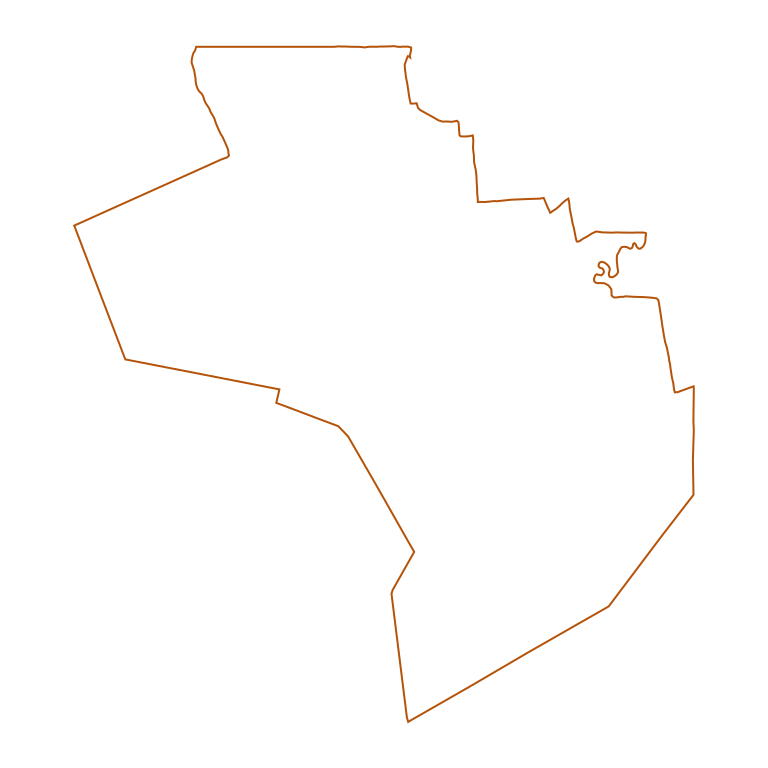 the district of Banan, Batdâmbâng, Cambodia
{"feature_id": "14789045B38082760726943", "entity_name": "Banan", "entity_type": "district", "adm_level": 2, "iso_a3": "KHM", "parent_name": "Cambodia", "parent_adm1": "Batdâmbâng", "projection": "natural_earth1", "projection_center": [103.091, 12.952], "detail": "fine", "context": "isolated", "style": "outline", "palette": "amber", "viewbox_px": 768, "rotation_deg": 0, "n_neighbors": 0, "source": "geoboundaries", "source_scale": "gbopen_adm2", "svg_char_len": 3745}
<svg xmlns="http://www.w3.org/2000/svg" viewBox="0 0 768 768"><path d="M196.2,46.8L195.1,50.4L193.4,53.2L192.7,55.2L191.8,59.1L191.6,62.6L192.9,66.6L194.2,70.7L194.8,74.3L195.5,78.1L195.7,81.9L196.2,84.6L197.2,87.8L198.9,91.0L200.7,92.8L201.9,94.0L203.3,96.7L204.0,99.1L204.9,101.6L206.2,103.9L208.0,106.5L209.5,109.1L210.6,112.0L212.0,114.3L213.0,115.9L214.2,118.1L215.0,120.5L216.1,123.7L217.4,126.8L219.1,130.7L220.8,134.2L222.3,136.4L223.2,138.4L224.6,141.4L226.1,144.9L227.3,147.6L228.1,149.9L228.4,151.6L228.4,153.2L229.0,155.6L227.1,157.4L221.2,159.5L74.2,225.6L74.8,227.0L99.8,292.7L125.3,359.4L279.4,389.4L276.3,402.9L294.8,409.8L316.4,418.0L338.3,426.2L348.1,436.4L379.7,491.2L407.4,540.1L414.2,551.9L392.6,590.1L391.5,593.8L406.9,717.5L408.2,721.9L413.8,718.6L469.5,686.7L528.5,652.2L578.2,623.8L608.7,606.4L661.8,535.9L693.5,494.8L692.9,460.2L693.8,429.9L693.4,421.7L693.8,388.3L693.6,386.3L677.5,392.2L674.8,392.3L674.0,389.0L673.6,386.2L673.3,383.2L671.9,377.4L670.3,366.7L670.0,363.7L669.2,361.0L668.9,357.6L668.1,353.8L667.5,350.6L666.9,347.7L665.2,342.3L664.1,336.6L662.9,329.3L662.1,324.3L661.2,317.6L658.9,302.8L658.3,300.0L656.8,298.5L654.3,298.0L649.5,297.5L643.9,297.1L633.6,296.8L625.6,296.3L623.1,296.9L620.2,296.8L617.8,297.3L614.6,297.5L613.5,297.2L611.6,295.5L611.6,293.8L611.5,292.6L611.4,291.1L611.4,290.0L611.0,288.7L609.9,287.2L608.5,285.5L606.5,284.3L604.5,283.3L600.2,283.0L597.5,283.2L595.8,282.7L594.3,281.4L593.9,279.1L594.6,277.1L595.3,275.4L596.7,274.3L599.2,274.9L601.2,275.4L603.2,273.7L604.0,272.1L603.5,270.1L602.6,268.7L601.0,268.1L599.5,267.5L598.6,266.3L598.7,264.6L599.5,262.7L601.4,261.8L603.6,262.2L605.5,263.2L606.9,264.4L608.4,265.9L609.5,267.8L609.8,269.5L609.3,271.8L608.9,273.3L609.0,275.2L609.6,276.8L612.2,277.3L613.8,276.6L615.6,275.4L617.0,274.1L618.1,272.0L618.0,270.1L617.5,268.0L617.4,266.3L617.1,263.8L616.9,261.9L616.8,259.7L616.8,257.4L617.2,254.8L618.4,252.8L620.1,249.3L621.6,247.2L624.1,246.8L626.5,247.0L628.6,248.0L630.3,248.8L632.0,247.9L632.5,247.0L632.9,245.6L633.2,244.0L634.3,243.1L636.1,244.8L636.2,245.9L637.1,247.3L638.3,248.4L639.9,248.8L642.0,247.5L643.1,246.4L644.4,244.3L645.0,242.4L645.4,240.7L645.5,238.6L645.6,236.4L646.0,234.8L645.8,233.1L643.9,232.6L640.2,232.5L636.5,232.5L632.0,232.7L628.2,232.6L623.1,232.6L616.5,232.4L611.6,232.7L607.3,232.5L602.7,232.4L598.4,231.8L596.1,231.5L591.9,233.5L587.5,236.3L582.9,238.8L579.5,241.2L577.1,241.7L576.5,240.9L576.1,239.2L575.5,236.6L574.7,232.3L573.7,227.3L572.6,223.5L571.3,216.3L570.3,211.5L569.7,208.2L569.3,203.3L568.8,200.3L568.3,198.6L565.3,200.6L561.7,203.7L559.6,205.9L556.3,208.7L553.1,210.8L550.2,212.8L548.8,209.7L547.2,206.3L545.2,201.4L543.7,197.9L540.2,198.6L525.8,199.1L511.3,199.7L496.2,201.3L494.9,201.0L489.1,201.6L485.0,202.0L480.4,201.9L477.8,202.0L477.8,199.5L477.2,193.5L477.1,188.6L476.7,182.5L476.4,175.5L475.7,169.7L474.1,162.3L473.9,155.7L473.0,148.4L473.3,141.0L473.1,138.3L472.7,135.4L469.9,136.1L465.8,136.5L461.0,136.4L459.6,135.5L459.1,130.7L458.9,126.2L458.5,122.3L457.1,120.8L451.9,121.8L447.1,121.5L442.6,121.6L438.4,120.3L435.2,118.4L430.8,115.9L425.8,113.2L420.3,110.1L418.1,108.1L417.3,105.5L416.7,103.3L413.0,103.6L410.6,103.5L409.5,98.4L408.5,92.0L407.4,84.3L406.0,77.3L405.2,70.9L404.8,66.9L404.7,64.5L405.2,63.1L405.7,61.8L406.2,60.4L406.6,59.3L407.2,57.6L407.8,56.2L408.9,56.5L410.1,57.4L409.8,55.9L409.9,54.9L410.5,53.1L410.7,51.9L411.0,50.8L411.1,48.7L411.1,47.5L407.8,46.6L404.7,46.7L402.8,46.6L400.4,46.9L398.0,46.8L393.6,46.1L391.6,46.3L388.8,46.4L384.2,46.5L380.8,46.5L376.3,46.8L372.5,46.7L368.5,46.8L364.7,47.4L360.3,46.9L356.3,46.8L351.4,46.8L347.1,46.6L343.8,46.5L341.1,46.5L338.1,46.4L334.4,46.8L196.2,46.8Z" fill="none" stroke="#b45309" stroke-width="2"/></svg>